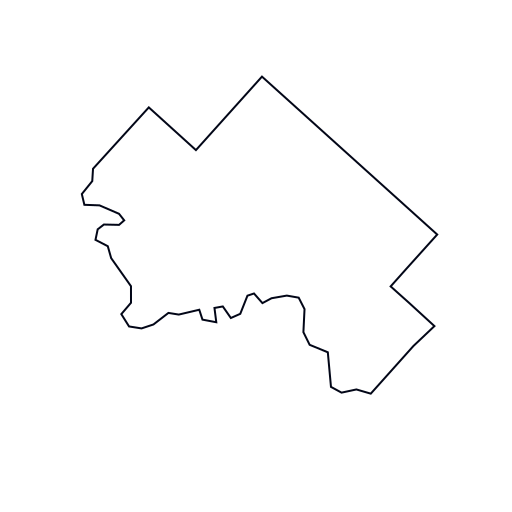 outline of Haskell, Oklahoma, United States of America, rotated 222°
{"feature_id": "52423323B35994808569897", "entity_name": "Haskell", "entity_type": "district", "adm_level": 2, "iso_a3": "USA", "parent_name": "United States of America", "parent_adm1": "Oklahoma", "projection": "mercator", "projection_center": [-95.116, 35.259], "detail": "fine", "context": "isolated", "style": "outline", "palette": "ink", "viewbox_px": 512, "rotation_deg": 222, "n_neighbors": 0, "source": "geoboundaries", "source_scale": "gbopen_adm2", "svg_char_len": 786}
<svg xmlns="http://www.w3.org/2000/svg" viewBox="0 0 512 512"><g transform="rotate(222 256 256)"><path d="M371.6,393.3L371.5,294.5L435.1,294.7L435.5,211.8L427.8,202.1L426.9,185.5L417.8,179.2L406.2,188.9L386.0,195.7L377.8,194.3L378.6,187.5L390.1,177.6L391.5,169.9L386.1,160.6L372.7,164.1L362.2,157.5L328.7,149.9L317.6,137.6L317.2,122.7L303.2,118.7L292.6,125.6L286.4,136.5L283.0,155.1L274.2,160.8L262.2,178.1L253.2,172.9L241.2,180.2L252.1,189.6L246.9,196.3L233.2,193.1L229.0,202.5L235.8,220.8L232.4,226.8L219.7,225.3L216.2,235.0L206.6,247.2L196.4,253.6L184.4,249.0L169.8,231.1L156.7,225.9L138.2,232.5L112.7,208.9L101.0,211.7L92.1,224.0L78.6,230.5L78.8,294.4L76.5,323.3L110.8,323.6L135.6,323.5L135.7,347.0L135.7,393.2L371.6,393.3Z" fill="none" stroke="#020617" stroke-width="2"/></g></svg>